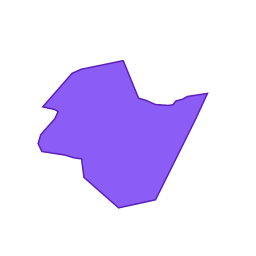 the Municipality of Sveti Jurij, rotated 239°
{"feature_id": "SVN-1048", "entity_name": "Sveti Jurij", "entity_type": "Municipality", "adm_level": 1, "iso_a3": "SVN", "parent_name": "Slovenia", "parent_adm1": "", "projection": "albers", "projection_center": [16.036, 46.559], "detail": "fine", "context": "isolated", "style": "filled", "palette": "violet", "viewbox_px": 256, "rotation_deg": 239, "n_neighbors": 0, "source": "natural_earth", "source_scale": "10m", "svg_char_len": 490}
<svg xmlns="http://www.w3.org/2000/svg" viewBox="0 0 256 256"><g transform="rotate(239 128 128)"><path d="M64.4,78.8L108.4,64.8L125.4,72.3L130.0,66.6L137.4,59.8L152.2,42.1L160.9,42.9L167.2,49.8L173.6,70.1L178.0,76.4L181.3,75.0L190.0,65.8L203.7,108.3L202.4,118.4L188.2,158.6L148.2,152.4L142.4,157.7L134.1,163.5L126.6,174.1L124.8,178.4L126.5,183.0L124.6,189.5L124.4,195.3L116.7,213.9L100.6,190.2L74.8,149.9L52.3,114.6L64.4,78.8Z" fill="#8b5cf6" stroke="#5b21b6" stroke-width="1.5"/></g></svg>